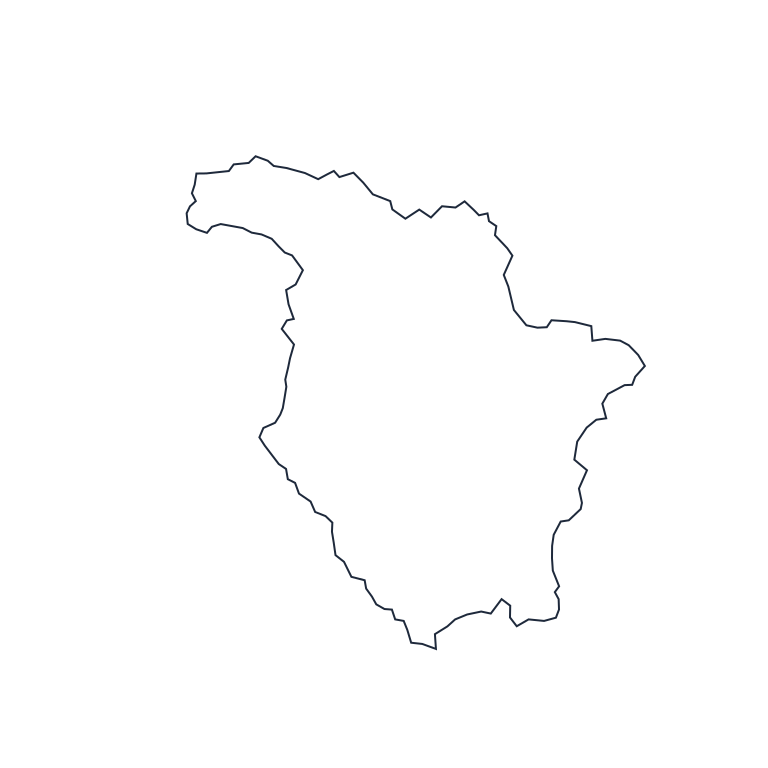 the district of Chuvisca, Rio Grande do Sul, Brazil, rotated 304°
{"feature_id": "56859067B76189475102624", "entity_name": "Chuvisca", "entity_type": "district", "adm_level": 2, "iso_a3": "BRA", "parent_name": "Brazil", "parent_adm1": "Rio Grande do Sul", "projection": "robinson", "projection_center": [-52.004, -30.767], "detail": "fine", "context": "isolated", "style": "outline", "palette": "slate", "viewbox_px": 768, "rotation_deg": 304, "n_neighbors": 0, "source": "geoboundaries", "source_scale": "gbopen_adm2", "svg_char_len": 1954}
<svg xmlns="http://www.w3.org/2000/svg" viewBox="0 0 768 768"><g transform="rotate(304 384 384)"><path d="M453.6,110.8L443.4,115.6L434.7,118.1L430.4,125.7L422.8,123.8L415.2,124.9L406.9,131.8L407.3,141.8L410.3,152.7L418.1,153.4L425.3,159.2L434.3,179.7L435.5,189.7L439.5,198.8L441.6,209.7L439.2,219.7L437.5,228.2L439.2,235.9L433.0,253.1L417.1,255.1L407.2,250.3L396.7,260.3L387.5,272.8L382.4,267.9L372.5,268.4L366.4,287.3L352.8,291.7L344.1,295.3L332.4,299.7L327.1,304.6L316.9,309.3L307.4,313.6L300.6,315.1L291.0,315.4L280.1,308.6L270.1,310.5L266.2,319.7L258.8,341.5L258.8,350.3L251.3,357.5L252.3,365.6L245.6,374.8L245.5,388.9L239.4,398.5L241.8,409.4L240.2,418.7L232.4,423.5L224.4,431.0L215.0,439.5L214.2,450.3L205.9,464.8L210.5,477.7L204.4,483.6L201.0,492.9L197.0,500.8L197.7,510.2L201.4,516.7L195.1,524.9L198.6,532.8L193.2,540.8L184.7,551.2L189.9,561.1L193.4,575.2L205.1,566.1L218.5,572.1L228.6,574.6L239.4,581.8L249.7,591.8L253.4,600.9L271.4,601.8L270.8,612.6L260.9,619.0L257.4,629.5L269.7,635.5L277.1,649.2L286.4,657.2L294.9,655.2L303.3,649.1L307.0,642.0L314.2,642.3L323.7,628.3L333.5,620.7L343.8,613.9L353.9,609.0L368.8,607.4L374.3,613.4L390.3,617.0L396.1,614.6L406.3,604.1L426.0,600.5L427.7,584.1L444.3,576.4L461.2,576.4L473.1,580.0L479.8,587.4L489.8,576.0L500.9,575.2L517.6,584.1L522.1,590.2L530.5,588.2L544.8,590.2L550.2,578.5L553.0,565.2L552.0,555.5L545.2,542.3L536.4,532.6L547.9,523.5L542.1,507.7L538.1,500.2L530.5,487.2L522.1,487.2L516.5,479.7L512.3,469.2L518.0,450.3L534.3,432.6L541.4,422.3L562.2,418.7L565.5,410.2L569.4,392.8L577.7,388.8L577.7,380.0L583.3,374.4L577.0,368.4L578.5,361.1L580.5,348.7L570.3,344.6L563.8,332.7L548.3,329.8L548.3,315.7L533.0,309.3L533.4,293.3L539.1,286.9L535.0,268.7L539.3,254.3L542.1,240.5L530.6,231.3L532.6,223.3L526.1,219.7L517.0,214.9L514.7,200.5L508.5,182.3L503.1,170.7L504.1,162.8L501.0,150.2L491.6,148.2L482.0,136.6L473.8,136.3L459.2,118.9L453.6,110.8Z" fill="none" stroke="#1e293b" stroke-width="2"/></g></svg>